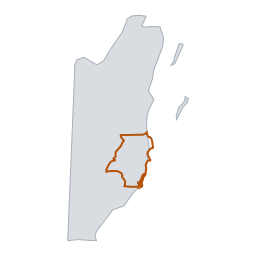 Stann Creek highlighted on a map of Belize
{"feature_id": "BLZ-1355", "entity_name": "Stann Creek", "entity_type": "District", "adm_level": 1, "iso_a3": "BLZ", "parent_name": "Belize", "parent_adm1": "", "projection": "albers", "projection_center": [-88.471, 16.817], "detail": "fine", "context": "in_parent", "style": "outline", "palette": "amber", "viewbox_px": 256, "rotation_deg": 0, "n_neighbors": 0, "source": "natural_earth", "source_scale": "10m", "svg_char_len": 2954}
<svg xmlns="http://www.w3.org/2000/svg" viewBox="0 0 256 256"><path d="M74.6,73.3L74.6,65.7L77.0,59.7L83.9,57.2L92.8,62.5L96.5,64.7L99.8,63.4L104.0,60.2L109.2,51.0L122.3,32.0L127.5,18.5L132.6,15.8L139.9,15.4L146.2,16.2L141.8,26.1L146.2,27.4L150.2,26.4L159.9,26.8L163.6,37.6L162.6,46.7L153.6,70.6L152.4,78.9L148.3,91.2L153.9,99.3L148.7,110.0L146.9,117.0L146.5,127.5L149.2,147.4L144.9,176.1L137.3,188.6L132.6,193.4L124.1,205.8L113.1,209.6L97.7,229.6L94.9,234.9L96.4,240.6L92.8,240.6L78.0,239.6L68.1,240.6L67.7,240.1L68.6,218.6L70.0,185.2L71.0,160.7L72.0,136.7L72.7,118.8L73.7,94.3L74.6,73.3ZM174.8,63.7L170.9,65.4L174.1,60.3L174.6,57.1L179.1,43.7L182.3,43.8L183.2,45.0L174.8,63.7ZM183.0,107.3L176.7,119.5L176.2,116.0L178.9,107.0L182.5,103.9L184.7,100.5L185.2,96.6L188.3,98.5L187.5,102.4L183.0,107.3Z" fill="#d9dde1" stroke="#a8b0b8" stroke-width="1"/><path d="M146.8,132.4L146.9,133.1L147.4,135.1L147.7,136.2L148.5,136.7L150.2,137.3L151.2,138.6L151.9,140.3L152.3,142.2L152.6,144.9L153.0,147.0L152.8,148.0L152.3,148.3L151.6,148.2L150.8,148.5L149.9,149.4L148.7,150.7L147.8,152.2L147.4,153.6L147.7,155.2L149.4,157.8L149.7,159.3L149.8,159.3L150.1,159.5L150.3,159.9L150.3,160.4L150.0,160.5L148.9,160.3L148.5,160.4L147.5,161.3L147.0,161.8L146.9,162.6L146.7,163.0L146.3,163.4L145.9,164.0L145.7,164.9L145.8,166.0L146.2,167.3L146.2,168.2L145.5,174.3L145.0,175.3L144.2,176.0L143.4,177.1L142.5,180.7L142.0,181.8L141.7,183.3L142.3,185.5L141.9,186.3L141.3,187.1L140.8,187.1L140.5,185.8L143.1,175.9L144.5,174.4L145.1,173.5L142.9,174.7L140.6,180.4L138.8,182.5L139.4,182.6L140.5,183.1L140.0,183.4L139.5,183.5L139.0,183.5L138.2,183.1L138.4,183.9L138.6,184.3L139.1,184.3L139.9,184.3L139.9,184.9L139.1,185.5L138.4,186.3L138.3,187.4L138.5,187.8L137.5,187.4L137.3,186.8L137.0,186.7L136.1,186.6L134.4,186.9L134.0,186.9L133.6,186.8L132.7,186.8L132.4,186.8L129.1,186.6L128.8,186.6L128.3,186.7L124.9,186.2L124.4,186.0L124.6,185.6L124.7,185.4L124.9,185.1L124.9,184.7L125.0,184.4L125.1,183.0L125.2,182.4L125.2,182.1L125.2,181.8L125.1,181.4L124.7,180.7L124.5,180.4L124.3,180.0L124.1,179.6L123.9,179.3L123.7,179.0L123.4,178.5L122.4,177.4L122.0,176.9L122.0,176.5L122.3,175.7L122.3,175.3L122.3,175.0L122.1,174.6L121.8,173.9L121.6,173.5L121.2,173.1L118.3,171.5L117.1,171.2L115.2,171.0L108.9,171.1L106.5,171.9L106.2,170.8L106.2,170.4L106.7,168.7L107.6,167.1L108.1,165.7L110.4,162.2L110.8,161.8L111.2,161.5L112.8,160.9L114.3,160.7L114.7,160.6L114.9,160.4L115.0,160.1L114.6,159.8L113.6,159.0L113.5,158.6L113.6,158.4L114.1,157.9L114.9,157.5L115.2,157.3L115.4,157.0L115.5,156.7L115.6,156.2L115.5,155.1L115.5,154.7L115.7,153.5L115.7,153.0L115.6,152.6L115.6,152.2L115.8,151.8L118.3,149.1L118.9,148.1L119.3,147.7L120.2,147.0L120.7,146.2L121.3,145.2L121.8,143.9L122.6,142.1L122.9,141.7L123.4,141.4L123.8,141.0L123.8,140.3L123.2,139.7L122.1,138.6L120.9,136.7L120.6,135.9L120.8,135.1L142.8,134.7L143.6,134.4L144.1,134.2L145.8,133.5L146.8,132.4Z" fill="none" stroke="#b45309" stroke-width="2"/></svg>